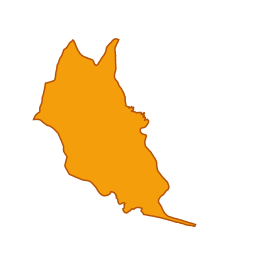 outline of Fatick, Fatick, Senegal, rotated 287°
{"feature_id": "50182788B55839740763416", "entity_name": "Fatick", "entity_type": "district", "adm_level": 2, "iso_a3": "SEN", "parent_name": "Senegal", "parent_adm1": "Fatick", "projection": "orthographic", "projection_center": [-16.497, 14.221], "detail": "fine", "context": "isolated", "style": "filled", "palette": "amber", "viewbox_px": 256, "rotation_deg": 287, "n_neighbors": 0, "source": "geoboundaries", "source_scale": "gbopen_adm2", "svg_char_len": 5767}
<svg xmlns="http://www.w3.org/2000/svg" viewBox="0 0 256 256"><g transform="rotate(287 128 128)"><path d="M108.5,35.2L109.5,37.9L110.1,40.5L110.0,41.9L109.7,42.9L108.3,45.6L108.1,46.5L107.8,47.2L107.5,48.5L107.1,49.2L106.9,50.4L107.0,51.6L106.8,53.5L106.1,56.0L104.6,59.2L104.0,60.1L103.5,60.6L103.1,61.9L102.3,62.9L100.9,64.0L99.1,65.7L98.1,66.4L96.8,67.7L95.2,68.9L92.1,71.4L90.0,72.3L89.2,72.3L86.8,73.4L85.6,74.8L84.7,75.6L84.0,76.7L82.9,77.9L82.1,78.2L74.3,78.5L73.2,78.8L72.3,79.5L70.3,81.4L69.5,82.4L67.0,84.9L66.7,85.5L66.5,86.0L66.4,87.9L66.1,89.8L65.4,96.3L65.4,97.8L65.1,99.1L65.2,99.9L65.2,100.8L65.7,103.6L65.9,105.7L65.8,106.9L65.4,108.5L64.2,110.8L61.9,114.5L61.1,115.6L59.2,117.5L57.3,120.3L57.2,120.7L56.6,121.8L56.3,122.7L56.1,124.2L56.4,125.6L57.1,126.9L57.6,128.1L59.3,129.6L60.6,130.2L61.7,130.5L62.1,130.4L62.3,132.4L62.1,133.5L60.9,135.6L60.0,136.1L59.8,136.9L59.1,136.9L58.3,136.9L57.8,137.3L57.4,138.4L56.4,139.3L54.5,140.0L52.9,141.5L52.8,142.2L53.0,142.9L54.8,145.0L55.2,145.7L55.3,146.6L54.9,147.1L54.3,147.1L53.7,146.7L53.1,146.8L51.7,147.5L51.0,147.7L50.2,147.6L49.8,147.4L49.6,146.9L49.1,146.8L48.5,147.0L47.9,147.4L47.0,148.3L46.3,149.6L46.2,151.0L46.5,151.7L47.4,152.5L48.4,153.1L49.0,153.7L49.5,154.3L52.0,155.4L52.0,156.0L51.8,156.5L51.9,157.3L52.8,157.8L54.1,159.0L54.8,160.4L55.3,161.8L55.2,163.2L55.4,164.4L55.1,165.0L54.5,165.0L53.1,164.7L52.6,164.7L51.0,167.3L49.9,168.2L50.3,170.7L50.3,172.0L51.2,178.8L51.3,181.0L51.4,182.5L51.7,183.5L51.6,185.1L51.9,186.6L51.8,188.7L52.1,191.8L51.9,193.9L52.1,195.5L52.1,199.9L52.0,201.8L52.4,202.8L52.5,205.5L52.3,206.0L52.6,207.7L52.6,209.6L52.4,211.0L52.4,212.4L52.6,212.9L52.9,215.3L52.9,216.0L53.1,216.1L53.4,217.6L53.4,219.0L53.3,220.2L53.5,220.6L55.4,220.8L55.5,216.2L55.3,213.6L55.4,211.1L55.3,208.5L55.5,206.6L55.4,204.0L55.3,203.5L55.4,201.9L55.1,198.1L55.2,197.1L55.3,194.6L55.2,194.3L55.3,193.3L55.2,193.1L55.5,191.6L55.7,190.8L56.4,189.7L57.4,187.9L58.4,186.6L58.7,186.4L58.9,186.1L59.8,185.2L62.4,183.0L64.3,181.0L64.5,180.5L65.1,179.7L65.6,179.5L66.3,178.8L66.9,178.5L68.8,178.3L69.2,178.4L71.3,179.0L72.8,179.7L73.7,180.6L75.2,181.6L76.6,181.9L77.1,182.2L77.9,182.4L77.9,182.5L78.9,182.8L79.7,183.3L80.1,183.7L81.0,184.3L81.5,184.3L82.0,184.5L82.5,184.4L82.9,184.5L83.4,184.4L84.3,184.0L86.5,182.5L88.0,181.1L89.9,177.6L90.6,176.5L90.8,176.0L92.3,173.7L93.6,172.1L93.7,171.7L94.9,170.3L95.1,169.9L95.5,169.6L95.7,169.2L96.9,168.2L98.2,167.6L98.4,167.3L99.7,166.9L100.0,166.5L100.4,166.5L101.3,166.1L101.9,166.0L103.5,165.4L103.8,165.0L105.1,164.3L106.3,163.0L106.8,162.7L108.3,160.6L109.1,159.7L109.6,159.4L110.8,157.6L111.3,157.3L111.5,157.0L112.0,156.4L112.7,154.7L113.6,153.6L115.1,150.9L116.1,149.7L119.1,148.2L119.6,148.2L120.2,148.0L120.7,148.0L121.2,147.9L121.6,148.0L122.9,148.0L123.4,147.8L123.9,147.8L124.9,148.0L125.9,147.9L126.2,147.7L126.6,147.0L126.5,143.8L126.7,143.1L126.9,142.4L128.2,140.8L129.4,140.4L130.1,140.2L130.7,140.3L131.7,140.7L132.6,141.9L132.9,142.8L133.6,143.9L134.0,144.0L134.7,144.6L136.8,145.4L139.1,145.9L140.7,145.7L141.2,145.1L142.0,143.8L141.2,142.7L140.6,142.3L140.4,141.7L141.9,141.7L142.9,141.5L143.2,141.2L143.0,140.4L142.9,139.5L143.6,139.7L144.1,140.1L144.5,140.0L144.8,139.5L144.7,138.5L145.4,138.6L145.9,139.1L146.7,139.4L147.2,139.2L147.3,139.0L146.9,138.6L146.8,138.3L146.7,138.2L146.2,138.4L145.9,138.0L145.4,137.6L145.1,136.9L145.2,136.5L146.1,136.3L146.6,136.1L146.6,135.8L146.4,135.0L145.6,132.8L145.2,132.3L145.0,131.8L145.0,131.5L145.3,130.9L145.4,130.2L145.3,128.6L145.3,127.9L145.1,126.9L145.2,126.6L145.6,126.4L146.4,127.7L146.7,127.8L147.1,127.8L147.7,127.6L148.0,127.4L148.3,126.9L148.5,126.7L148.6,127.1L148.6,127.5L148.9,127.5L149.4,127.2L149.0,126.4L149.2,125.9L149.2,125.7L149.4,125.2L149.2,125.0L148.5,125.0L148.4,124.6L147.4,123.4L148.2,123.2L148.6,122.8L148.2,121.6L148.4,120.5L148.9,119.4L149.3,119.1L150.5,118.8L151.3,118.3L153.8,117.1L155.6,116.5L155.9,116.6L156.4,116.5L158.1,115.0L159.1,114.4L160.1,113.7L161.4,112.4L161.7,111.9L162.1,111.7L163.2,110.6L164.5,109.0L164.8,108.6L164.9,108.2L165.7,107.2L166.1,107.0L167.1,106.0L167.9,105.4L168.1,105.4L168.9,104.6L169.8,103.4L170.0,102.8L170.7,102.0L170.9,101.6L171.3,101.2L172.6,100.3L174.4,99.6L176.1,99.5L177.1,99.3L179.8,99.3L181.9,98.9L183.2,98.3L183.6,98.1L185.4,97.6L187.8,96.6L189.4,96.3L189.8,96.0L192.7,95.1L193.4,95.1L195.6,94.0L196.6,93.7L198.6,92.7L200.8,92.2L201.5,92.2L202.3,92.4L205.1,92.6L207.1,93.1L209.7,93.3L209.8,91.8L209.8,90.7L209.5,89.8L209.1,89.1L208.8,88.7L207.0,87.6L205.5,87.1L203.6,86.0L201.9,85.2L201.4,85.1L200.0,84.3L197.9,84.0L196.5,84.3L195.5,84.3L195.1,84.4L193.3,84.2L192.3,84.0L190.8,83.7L188.0,82.7L187.5,82.6L186.9,82.2L185.6,82.1L184.3,81.7L182.9,81.4L182.7,81.2L181.9,81.1L181.5,80.8L181.2,80.7L180.9,80.8L180.5,80.7L179.4,80.2L179.2,79.9L178.6,79.3L178.6,78.9L178.9,78.3L179.0,77.8L179.3,77.3L179.8,76.9L180.0,76.9L180.7,76.1L181.6,75.6L182.5,74.6L182.7,74.0L183.0,71.3L182.9,70.8L183.0,70.3L182.9,68.8L183.1,68.7L183.2,66.8L183.3,66.4L183.3,65.3L183.9,62.6L184.1,62.2L184.7,61.3L184.9,60.5L185.2,60.2L186.0,59.6L186.6,58.7L187.0,57.9L188.0,57.2L188.2,56.8L188.7,56.4L189.8,55.5L190.1,55.0L190.8,54.7L191.1,54.3L191.8,53.8L192.4,53.5L192.7,53.1L193.6,52.6L194.2,51.7L195.0,51.0L195.4,50.9L195.6,50.3L195.9,49.9L196.0,49.5L195.0,49.2L193.3,47.9L192.1,47.2L190.5,46.9L187.2,45.9L185.7,45.1L184.3,43.8L183.7,43.7L181.4,43.7L177.5,43.4L174.6,42.5L169.7,42.4L167.7,42.0L166.9,42.0L165.3,42.3L164.3,42.5L158.8,43.0L155.6,43.7L153.1,43.9L151.8,43.5L149.3,40.2L146.8,36.0L146.2,36.0L141.6,36.7L135.6,37.2L133.0,37.2L131.4,37.2L128.9,38.0L125.6,38.1L123.5,37.8L121.3,37.8L120.0,38.1L118.7,38.7L117.5,38.8L115.5,37.2L114.1,36.3L112.7,35.8L110.9,35.4L108.5,35.2Z" fill="#f59e0b" stroke="#b45309" stroke-width="1.5"/></g></svg>